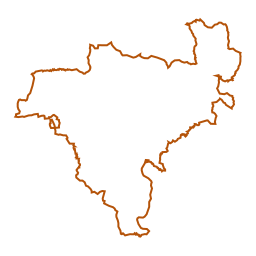 Lismore Lea-3, Waterford, Ireland
{"feature_id": "5873133B19257398273373", "entity_name": "Lismore Lea-3", "entity_type": "district", "adm_level": 2, "iso_a3": "IRL", "parent_name": "Ireland", "parent_adm1": "Waterford", "projection": "orthographic", "projection_center": [-7.865, 52.126], "detail": "fine", "context": "isolated", "style": "outline", "palette": "amber", "viewbox_px": 256, "rotation_deg": 0, "n_neighbors": 0, "source": "geoboundaries", "source_scale": "gbopen_adm2", "svg_char_len": 5739}
<svg xmlns="http://www.w3.org/2000/svg" viewBox="0 0 256 256"><path d="M149.1,231.1L146.9,229.0L142.9,228.8L140.9,227.9L138.5,224.1L137.1,219.8L137.4,218.4L138.8,217.3L143.0,217.6L144.6,216.7L146.6,214.3L149.2,206.9L149.2,201.9L151.0,198.7L150.2,194.8L152.0,188.4L151.0,185.6L151.3,183.3L151.7,182.6L151.3,181.2L148.4,178.3L143.6,175.6L142.5,173.4L141.7,170.3L141.8,168.4L144.8,163.3L145.8,160.0L148.2,160.2L147.3,162.0L148.9,161.6L149.0,161.2L150.0,161.8L150.7,161.5L150.4,161.7L150.8,161.9L150.6,162.3L152.3,163.2L152.2,163.8L153.2,164.0L153.9,166.0L156.8,166.8L157.5,168.0L158.1,167.9L159.1,169.7L160.1,169.0L160.4,169.2L160.2,170.1L161.7,170.3L162.0,171.2L162.7,170.5L165.1,170.6L165.1,169.4L164.0,168.4L162.9,165.3L162.8,164.1L159.5,162.9L160.2,159.1L160.0,158.4L160.3,156.0L160.1,155.2L160.3,154.4L160.9,154.5L161.0,153.4L162.1,153.5L162.4,152.1L166.5,151.9L167.7,150.9L166.4,148.4L167.2,147.5L168.1,143.7L169.0,143.2L168.6,142.1L170.5,143.2L172.2,142.0L173.0,140.4L174.9,141.7L177.2,140.1L177.8,138.9L180.5,137.8L180.8,135.3L181.2,135.1L181.1,134.8L182.2,134.1L182.8,134.8L183.8,134.1L184.7,134.5L184.6,135.6L185.5,136.5L186.7,135.3L186.5,134.3L187.9,133.4L187.7,132.0L187.1,131.6L188.9,130.8L189.0,130.1L189.8,129.8L190.3,129.1L190.2,128.1L190.8,128.5L191.3,128.1L191.2,127.4L193.3,127.6L194.1,126.5L193.4,126.3L194.8,125.1L194.7,124.0L196.2,124.2L197.1,125.1L198.7,125.1L199.3,124.5L199.1,122.7L206.9,120.4L207.7,120.4L210.8,123.8L215.4,123.9L214.9,121.9L215.7,117.9L216.5,116.0L215.1,113.8L213.7,112.6L212.3,112.4L212.0,110.1L212.5,109.2L212.4,107.8L213.3,106.2L213.2,105.0L212.6,104.4L212.4,102.7L216.6,102.0L219.7,99.2L219.9,98.6L221.8,99.9L223.6,102.6L225.0,103.0L225.9,104.8L231.7,108.5L231.9,107.0L232.7,106.4L234.0,104.3L233.5,102.3L233.9,101.5L233.7,100.5L232.8,99.6L233.2,97.9L232.5,97.4L232.4,96.0L230.0,95.5L227.0,93.1L224.3,94.2L219.7,93.6L217.1,88.4L218.2,86.4L219.0,82.3L218.7,80.2L219.1,79.3L218.7,76.4L216.3,75.7L218.5,75.2L218.6,76.1L220.2,76.5L219.9,77.2L220.9,77.0L220.6,78.6L223.0,80.6L225.1,81.4L227.3,80.3L228.0,80.4L228.2,81.3L229.3,80.3L231.6,79.5L232.4,80.3L232.7,80.2L232.0,79.2L232.6,78.6L231.8,78.2L231.7,77.4L234.8,75.2L235.1,73.2L235.7,72.9L235.5,71.7L237.3,70.1L238.5,68.1L238.5,66.5L239.8,64.6L240.4,61.2L240.4,57.4L240.6,56.8L240.1,53.6L240.5,52.9L235.7,50.9L233.1,48.6L229.5,49.1L228.3,48.4L228.6,47.6L228.0,45.1L229.0,41.1L228.2,39.2L227.9,37.5L228.4,35.0L228.1,32.9L228.4,32.6L227.1,30.1L227.4,29.5L226.8,26.7L225.8,24.7L225.2,24.2L223.7,24.5L221.1,22.7L219.1,22.6L217.3,24.2L214.8,24.7L211.8,27.7L207.9,27.3L204.6,25.1L203.9,22.9L200.2,19.4L199.6,20.6L196.4,19.7L195.9,19.9L195.7,21.7L194.6,21.0L192.8,21.9L191.8,23.0L188.9,23.8L187.2,23.3L186.8,23.9L186.5,24.2L187.6,24.3L187.6,24.8L189.1,24.6L189.1,25.4L189.7,26.5L189.6,28.5L191.6,31.3L192.0,32.9L193.1,34.0L193.3,35.6L195.7,38.7L195.4,40.3L196.5,44.0L196.1,45.3L194.7,46.4L194.3,47.5L194.2,49.9L193.6,51.1L194.3,52.2L194.1,53.7L194.9,54.3L195.3,55.6L195.0,57.7L195.6,57.9L194.9,59.1L195.7,60.3L195.5,60.8L196.5,63.5L195.2,64.1L193.1,63.7L190.8,64.3L190.1,63.7L188.5,63.3L187.2,62.0L184.3,62.6L181.6,61.7L179.3,60.1L174.7,60.4L171.6,62.6L169.6,66.4L168.1,67.7L167.8,66.1L166.6,64.3L166.4,62.7L164.2,60.2L157.3,57.6L151.3,55.9L147.9,58.3L144.3,58.1L141.9,57.2L140.0,55.8L140.2,54.2L135.8,57.0L133.3,57.6L127.0,55.2L122.7,55.4L121.9,54.6L120.1,51.2L116.3,49.8L113.6,47.0L111.9,44.8L111.2,42.4L106.9,45.3L98.3,45.2L97.8,48.3L94.9,48.4L93.1,45.7L90.2,44.8L90.3,45.7L89.8,48.3L90.3,49.3L90.2,51.6L89.2,55.2L87.6,57.3L88.7,60.1L88.5,63.2L90.3,66.6L90.2,67.7L90.4,67.9L89.8,69.9L88.4,71.4L85.9,72.6L85.0,73.6L83.6,73.7L82.5,72.6L79.6,71.6L76.6,69.2L71.8,70.2L69.2,69.5L68.3,69.8L67.6,69.3L67.0,69.9L64.5,69.8L63.6,69.2L63.4,69.2L63.8,69.8L62.8,69.4L61.7,69.8L61.2,69.1L59.5,68.8L58.8,69.9L58.0,69.3L56.9,70.1L54.9,70.0L54.2,69.3L53.6,70.2L52.7,69.4L51.4,71.0L50.3,70.1L49.7,71.0L47.1,70.3L45.8,70.8L44.3,70.6L43.1,71.3L43.0,70.8L41.8,70.4L35.7,71.6L34.2,73.3L32.4,73.5L31.7,74.2L32.6,74.9L33.7,76.9L34.1,78.3L32.5,85.7L30.2,93.1L28.0,95.4L27.4,98.3L26.8,100.0L25.6,100.7L24.9,100.1L21.3,100.1L20.1,99.5L19.0,99.9L18.1,101.9L17.7,103.4L17.7,106.9L18.4,109.3L19.8,111.3L19.2,113.3L16.0,114.3L16.1,115.6L15.4,116.7L18.3,117.1L22.5,116.5L24.1,116.9L28.8,115.4L31.6,115.3L34.0,114.4L37.8,113.9L38.4,116.9L41.5,115.8L43.8,115.6L44.5,116.1L44.8,118.7L49.2,118.3L49.1,117.2L50.7,117.2L53.3,115.0L54.0,114.9L57.3,117.4L56.7,119.2L58.9,119.9L59.1,121.8L59.7,122.9L58.9,126.0L59.0,127.5L55.1,127.9L54.3,124.9L51.9,119.7L50.4,119.9L50.6,123.3L49.9,123.5L49.8,124.7L50.0,125.7L51.0,128.0L55.1,127.9L55.0,128.9L55.5,130.9L55.3,133.8L58.7,134.8L59.9,134.4L63.1,135.3L66.1,135.4L67.5,137.7L67.2,138.8L66.7,139.0L69.6,143.6L73.8,143.7L73.6,144.2L73.8,144.5L73.4,145.5L74.5,146.3L74.0,146.3L73.5,147.8L74.1,149.4L74.8,149.1L75.5,153.7L76.6,153.6L76.4,155.1L77.0,155.1L76.8,156.2L76.2,157.1L77.1,157.1L76.6,158.5L78.9,158.7L78.6,159.3L79.0,160.2L78.5,160.9L78.9,161.5L78.6,162.5L78.8,163.2L80.0,164.3L79.9,165.5L79.0,166.5L79.3,167.5L78.2,167.8L76.6,169.9L76.7,170.6L78.1,172.8L77.5,174.4L76.5,174.7L76.1,175.7L76.3,177.5L79.9,180.6L82.5,180.6L84.7,182.3L86.0,185.7L88.0,186.4L90.5,188.9L91.6,190.7L91.7,192.5L94.4,191.8L97.6,194.0L99.9,191.9L102.3,191.0L104.7,191.3L102.7,198.4L103.0,200.6L104.6,201.0L104.1,203.4L109.1,205.9L113.0,207.2L114.7,208.6L115.3,210.1L117.4,211.5L116.3,214.8L116.4,216.9L117.8,220.4L118.4,223.1L118.4,226.7L120.4,230.6L120.9,233.8L121.8,234.2L122.2,234.0L122.1,233.5L123.0,233.3L125.1,235.4L129.9,234.2L133.8,234.3L134.6,233.3L135.5,234.4L136.4,233.2L136.8,233.5L137.2,234.8L138.6,234.6L139.1,235.0L139.2,236.3L140.3,236.6L140.8,236.2L141.4,234.9L144.8,234.1L146.6,234.3L149.1,231.1Z" fill="none" stroke="#b45309" stroke-width="2"/></svg>